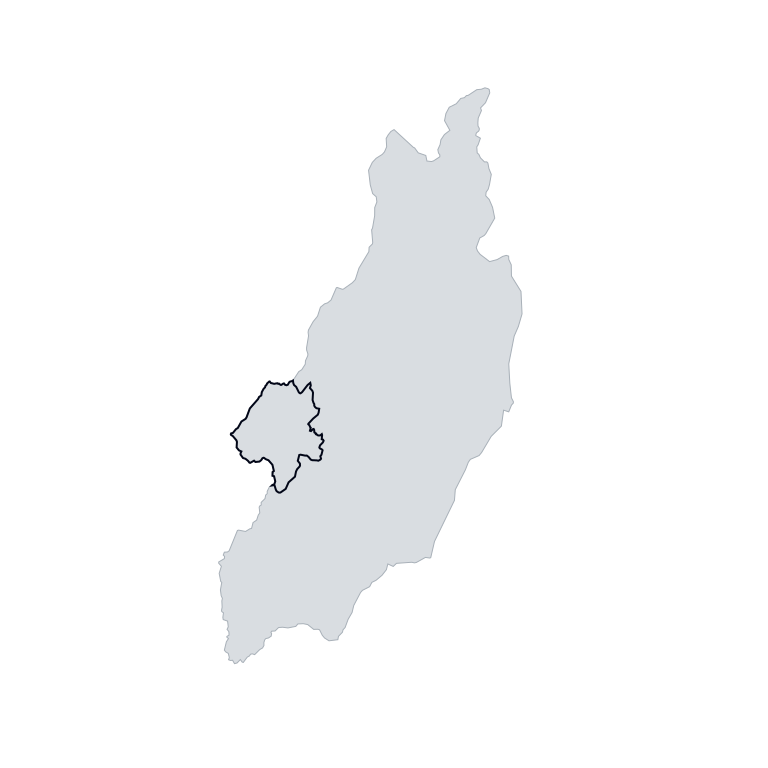 Mongolia, with Hövsgöl highlighted, rotated 289°
{"feature_id": "MNG-3321", "entity_name": "Hövsgöl", "entity_type": "Province", "adm_level": 1, "iso_a3": "MNG", "parent_name": "Mongolia", "parent_adm1": "", "projection": "robinson", "projection_center": [99.984, 50.195], "detail": "medium", "context": "in_parent", "style": "outline", "palette": "ink", "viewbox_px": 768, "rotation_deg": 289, "n_neighbors": 0, "source": "natural_earth", "source_scale": "10m", "svg_char_len": 5588}
<svg xmlns="http://www.w3.org/2000/svg" viewBox="0 0 768 768"><g transform="rotate(289 384 384)"><path d="M72.7,326.8L75.0,326.8L78.6,324.5L79.2,321.5L80.4,319.7L88.9,318.9L92.7,319.8L93.4,317.9L94.1,317.6L96.1,319.2L98.1,318.5L99.5,317.8L100.9,315.5L103.7,315.8L108.9,313.3L108.9,308.7L110.9,307.6L115.4,306.7L116.0,304.7L117.0,304.1L120.3,303.6L126.1,301.3L128.7,301.0L130.8,299.0L136.0,296.4L143.6,295.2L144.2,293.9L151.3,289.8L158.7,289.6L160.8,286.0L162.0,285.7L166.9,289.9L169.1,289.4L169.9,287.7L173.0,287.8L174.2,290.7L175.9,291.9L197.8,293.1L198.5,294.1L199.5,301.1L203.4,304.3L204.3,305.8L210.4,305.3L213.8,307.9L219.1,307.8L221.7,308.5L226.8,306.1L228.0,306.1L229.6,307.3L232.1,306.4L236.9,308.8L240.5,308.3L242.3,309.3L244.5,308.5L249.7,309.2L254.0,312.9L256.9,312.7L260.4,310.2L261.3,308.5L266.4,307.7L269.3,306.0L271.2,304.5L274.1,299.1L274.7,293.6L272.2,292.8L270.0,290.9L268.7,288.0L268.6,285.9L266.2,282.8L266.4,281.2L267.9,278.5L268.6,274.1L270.4,271.7L273.8,270.4L274.2,268.6L276.4,265.3L281.9,263.3L284.9,259.5L286.7,255.7L289.3,257.7L296.4,260.4L302.3,261.6L306.1,264.4L316.4,265.1L333.7,271.6L337.3,271.3L347.6,274.0L348.5,274.9L348.5,279.9L349.3,281.2L349.8,286.5L351.7,289.2L351.2,292.4L352.2,293.3L354.7,293.8L358.9,297.1L368.0,299.4L370.8,301.6L377.1,303.1L380.4,302.2L385.7,302.7L387.6,302.3L390.9,299.8L393.0,299.0L404.9,297.0L408.2,295.4L410.4,295.0L419.9,296.7L426.5,299.1L435.9,298.9L440.4,301.7L442.4,304.3L446.2,306.6L459.4,307.6L460.0,308.2L460.0,313.9L460.6,314.8L469.4,321.1L473.4,322.9L485.4,322.6L504.2,326.6L508.5,325.4L512.5,327.4L514.0,327.3L525.8,322.1L527.6,322.4L540.0,320.4L547.8,317.8L553.8,318.0L558.5,315.7L560.3,311.3L567.8,306.2L581.1,299.8L589.7,300.8L594.9,303.1L600.5,307.6L603.6,308.9L609.1,309.3L616.9,306.1L621.1,306.9L625.0,308.3L627.8,310.7L617.3,334.7L617.2,336.1L613.7,341.1L613.7,349.1L608.8,352.0L609.8,356.5L611.1,358.2L617.0,362.8L618.8,362.2L620.2,360.3L623.1,358.6L628.6,359.1L633.4,358.3L639.5,359.9L645.3,363.7L652.7,355.5L659.9,354.5L666.9,355.6L672.5,361.1L679.0,363.6L680.9,366.8L683.5,368.0L684.3,369.6L692.5,375.9L694.4,380.1L696.9,383.0L697.1,386.1L696.7,387.6L693.7,389.2L683.0,388.4L676.5,385.4L674.3,387.1L666.1,386.5L661.6,387.7L658.5,388.9L656.8,390.8L655.4,391.3L654.0,391.2L651.5,389.6L649.3,389.7L648.7,390.0L647.8,395.1L640.8,395.1L638.4,394.5L632.8,396.9L632.0,398.9L629.2,401.6L626.7,406.7L627.5,408.9L626.7,410.3L621.8,413.1L617.1,417.2L607.0,418.8L602.2,419.1L598.6,418.1L595.1,418.9L592.7,423.4L586.4,429.1L576.9,434.7L559.3,431.3L557.1,430.4L553.2,427.0L543.0,426.8L540.2,429.1L537.9,432.6L534.1,444.0L538.4,450.4L543.3,454.7L545.4,457.7L545.5,460.2L542.4,461.4L538.1,465.5L527.5,469.4L516.1,483.4L495.2,491.7L482.1,492.3L471.7,491.5L443.7,495.4L425.7,502.7L412.4,509.0L409.5,512.0L408.1,512.5L405.6,511.4L398.3,511.0L398.2,505.6L382.4,508.7L369.4,502.4L351.0,498.6L347.3,497.2L340.9,490.2L337.6,489.2L329.5,488.9L307.3,485.8L296.9,488.5L251.6,483.0L235.1,484.7L234.4,484.1L233.5,479.6L225.8,472.7L224.8,471.0L224.5,468.3L218.5,454.2L214.5,452.1L215.1,446.2L209.2,446.7L202.5,444.4L195.7,440.3L192.5,437.1L187.7,436.4L181.9,430.8L179.2,429.7L164.8,427.5L157.6,428.2L149.9,426.7L141.1,426.5L138.3,425.3L135.7,425.5L130.6,423.1L127.2,423.6L123.3,415.6L124.5,410.5L126.3,407.5L130.6,403.1L130.6,401.4L129.1,397.4L131.7,390.2L131.1,385.7L129.1,380.7L126.1,379.5L122.1,372.6L121.0,367.3L119.4,363.6L115.0,361.4L113.7,358.2L112.4,357.9L111.4,359.0L108.8,359.4L106.2,357.4L104.8,355.1L103.3,354.5L100.4,354.6L97.7,355.6L94.9,355.1L92.5,353.0L86.0,349.8L86.0,347.4L85.1,345.8L83.1,345.3L81.2,343.6L74.9,341.6L74.9,340.4L76.7,337.9L72.4,335.9L70.9,333.7L73.5,330.8L72.6,328.8L72.7,326.8Z" fill="#d9dde1" stroke="#a8b0b8" stroke-width="1"/><path d="M287.5,255.5L288.6,257.1L293.1,258.7L294.8,260.1L302.1,261.4L306.0,264.5L307.7,264.9L317.2,265.1L328.7,269.8L331.1,270.1L333.2,271.7L336.5,271.1L340.2,271.7L342.1,272.6L343.6,272.5L345.0,273.2L346.5,273.3L349.0,274.7L349.2,275.1L348.1,276.7L348.4,280.1L350.0,282.9L349.7,283.9L350.2,284.5L349.5,286.5L349.8,287.3L351.5,288.5L352.0,289.2L351.0,290.8L351.1,292.2L352.0,293.3L354.8,293.8L355.6,294.3L357.0,296.4L357.6,296.8L355.4,297.9L353.8,299.2L352.7,301.9L348.4,306.2L347.9,307.3L348.0,308.1L349.6,309.2L358.2,312.1L361.1,313.9L358.9,315.2L356.0,315.3L354.3,318.4L352.7,319.7L345.6,321.7L343.2,323.5L342.3,324.6L340.8,325.1L339.9,326.1L339.1,328.0L339.5,330.8L335.6,331.5L333.4,331.4L328.3,328.3L321.8,325.4L321.3,325.5L320.7,326.9L319.1,328.3L318.9,328.9L315.7,329.2L315.7,330.3L318.2,331.5L318.6,332.1L317.9,332.9L315.6,333.9L315.6,334.4L314.5,335.8L314.9,336.2L314.3,336.7L313.9,338.5L314.3,339.7L314.7,340.5L316.4,341.5L315.6,342.1L311.5,343.1L311.5,344.5L310.7,345.4L308.8,345.2L305.2,343.5L303.0,343.5L302.3,344.2L301.9,346.7L301.4,347.5L296.7,347.9L295.0,347.3L292.8,348.8L291.7,348.4L290.1,346.9L289.9,345.3L288.6,340.9L288.7,339.3L290.5,336.4L291.2,334.3L290.6,332.6L290.0,328.1L289.3,327.0L283.3,327.5L281.4,330.4L279.7,331.1L278.6,331.1L275.2,329.6L272.6,329.3L267.4,330.0L260.0,325.8L252.8,325.2L247.9,321.6L247.4,321.0L247.1,319.7L247.7,317.4L248.9,316.1L252.8,313.3L251.6,311.1L252.3,311.4L252.9,312.5L253.9,312.9L256.5,312.9L261.0,310.1L260.9,308.4L264.5,307.3L265.9,308.2L271.3,304.8L274.3,299.6L274.4,296.8L275.1,294.6L275.0,294.0L274.2,293.2L272.0,292.7L270.1,291.5L268.4,287.8L269.2,286.1L265.9,283.2L265.8,282.4L267.1,280.4L268.2,277.3L268.1,274.8L270.6,271.3L271.8,270.9L273.8,271.1L274.0,268.5L276.0,265.3L281.4,263.8L282.7,262.8L285.6,257.9L286.0,256.0L286.6,255.5L287.5,255.5Z" fill="none" stroke="#020617" stroke-width="2"/></g></svg>